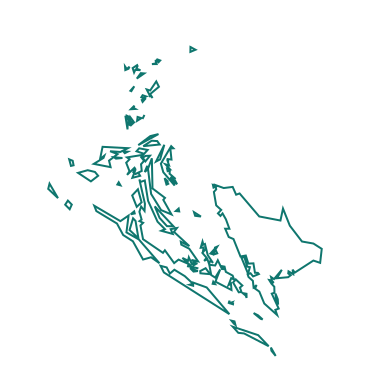 the district of Van Don, Quảng Ninh, Vietnam, rotated 103°
{"feature_id": "81297802B23156291808671", "entity_name": "Van Don", "entity_type": "district", "adm_level": 2, "iso_a3": "VNM", "parent_name": "Vietnam", "parent_adm1": "Quảng Ninh", "projection": "albers", "projection_center": [107.384, 20.984], "detail": "fine", "context": "isolated", "style": "outline", "palette": "teal", "viewbox_px": 384, "rotation_deg": 103, "n_neighbors": 0, "source": "geoboundaries", "source_scale": "gbopen_adm2", "svg_char_len": 6136}
<svg xmlns="http://www.w3.org/2000/svg" viewBox="0 0 384 384"><g transform="rotate(103 192 192)"><path d="M179.7,172.9L181.4,170.1L184.0,169.0L187.0,170.7L199.6,165.4L202.9,159.5L207.0,161.9L208.9,158.9L206.0,157.4L211.0,152.8L219.4,147.3L220.3,151.4L227.6,146.1L228.5,141.0L243.9,130.3L241.8,125.3L249.1,121.0L247.7,116.1L256.5,112.5L256.0,109.6L256.9,108.4L260.5,113.5L258.0,116.7L259.7,119.3L262.1,117.8L264.9,112.7L271.2,110.5L268.2,108.1L271.9,108.9L273.9,104.0L284.4,96.5L292.7,81.4L288.1,84.3L286.1,81.3L273.1,91.4L271.6,89.0L265.8,90.5L263.7,93.6L260.9,92.2L262.8,94.6L260.4,97.0L260.3,94.2L257.1,95.8L258.4,92.5L247.6,87.0L256.9,89.8L253.4,79.2L250.9,77.1L249.7,79.9L247.6,80.1L249.3,74.9L245.0,76.5L247.4,73.7L231.5,58.3L232.2,51.2L218.2,52.8L214.9,62.1L215.5,73.7L202.8,89.1L187.7,99.6L199.9,99.4L200.7,121.0L182.7,145.3L184.7,148.4L177.9,153.5L181.0,162.0L179.7,172.9ZM265.3,179.2L265.0,168.6L265.0,175.2L258.4,186.5L259.8,180.4L256.4,180.4L262.0,176.2L259.7,173.8L258.3,177.2L258.2,170.5L247.9,181.9L245.7,190.6L243.0,191.7L245.3,182.4L234.9,200.6L230.5,198.6L233.0,204.4L237.2,201.3L236.7,213.2L234.3,210.0L228.7,218.9L210.5,232.8L191.4,240.6L193.8,244.5L191.6,246.1L214.1,235.2L221.1,234.0L217.6,238.3L223.1,238.8L230.2,234.9L232.2,236.6L233.0,232.7L236.2,234.7L249.0,229.1L257.8,206.6L254.9,205.3L265.3,193.4L260.9,189.9L262.9,179.1L265.3,179.2ZM276.7,201.3L302.6,128.1L281.7,156.2L280.0,170.5L283.1,169.8L282.9,173.5L282.0,171.8L280.5,171.6L275.6,180.1L271.7,191.7L276.5,195.2L271.2,199.7L271.0,206.0L276.7,201.3ZM268.7,207.7L250.2,233.1L246.1,246.8L229.2,248.5L236.5,255.2L227.4,284.1L232.1,280.9L239.6,258.0L249.4,249.4L253.3,238.5L268.8,224.5L264.8,217.2L268.7,207.7ZM278.6,131.5L272.3,133.5L274.6,135.5L267.1,134.4L267.8,131.3L264.3,133.6L262.2,141.1L257.4,143.5L257.5,146.0L260.1,144.2L260.3,145.5L252.7,151.5L258.4,152.9L259.0,158.8L268.6,154.6L270.2,150.1L261.1,147.1L274.1,149.0L278.6,131.5ZM169.5,249.4L161.0,244.7L161.3,253.3L164.8,255.2L165.5,247.9L167.0,248.6L172.9,263.1L174.1,260.2L178.3,262.7L185.8,257.6L189.9,259.1L181.3,253.5L182.2,252.5L183.1,252.1L191.6,253.3L187.9,246.2L185.4,248.5L187.7,251.9L182.8,245.7L176.4,247.9L172.4,245.7L169.5,249.4ZM218.5,206.9L206.1,218.2L203.8,217.0L197.4,231.3L168.2,238.7L179.3,240.1L203.1,231.4L216.6,218.0L218.5,206.9ZM170.7,281.0L169.1,270.8L163.7,264.3L168.1,289.3L180.6,289.0L176.3,285.6L178.7,285.9L186.7,294.0L186.1,276.9L180.1,279.9L171.8,273.0L170.7,281.0ZM185.9,213.2L187.7,208.3L184.4,211.3L185.2,213.3L184.5,216.3L181.9,215.3L184.6,213.5L181.8,213.2L183.0,210.9L179.2,218.0L176.1,218.4L177.2,220.4L174.7,221.6L174.6,218.9L171.0,224.1L171.3,220.3L165.7,223.7L168.0,221.9L165.4,223.0L165.0,219.3L154.5,222.9L153.6,220.0L152.0,222.6L171.4,228.7L179.2,224.4L189.6,210.4L185.9,213.2ZM318.8,115.2L318.1,109.4L325.0,82.6L316.6,95.3L314.1,121.9L318.8,115.2ZM204.4,292.9L197.3,287.1L194.3,291.1L194.2,298.5L199.0,307.3L204.4,292.9ZM230.9,208.7L229.6,202.3L214.4,225.0L224.5,217.8L230.9,208.7ZM218.9,242.5L213.4,238.8L201.5,245.3L208.8,249.5L218.9,242.5ZM256.4,155.6L249.9,162.5L239.7,167.7L241.8,170.4L240.1,169.4L237.9,170.6L244.4,171.0L243.4,168.2L246.8,168.0L244.3,165.8L249.0,168.2L252.8,163.0L256.3,164.7L254.1,161.8L258.3,159.2L254.5,158.6L256.4,155.6ZM249.1,233.8L232.9,240.5L230.9,243.5L243.1,244.3L249.1,233.8ZM279.2,123.9L278.3,121.3L274.4,123.8L271.8,121.9L267.3,129.7L270.9,131.6L279.2,123.9ZM259.0,119.0L252.2,118.7L252.3,121.4L243.9,126.2L244.5,129.3L259.0,119.0ZM153.0,234.2L150.2,237.3L151.1,242.8L158.3,249.8L153.0,234.2ZM106.8,255.4L96.9,247.9L92.3,251.7L102.5,255.6L102.3,259.2L106.8,255.4ZM167.4,230.4L152.2,229.6L170.4,233.9L167.4,230.4ZM158.4,254.9L143.1,237.7L146.9,245.2L158.4,254.9ZM221.3,332.8L228.1,321.2L215.9,332.7L221.3,332.8ZM140.9,266.6L137.6,264.4L137.9,266.0L139.6,267.0L138.3,270.8L138.3,268.5L133.0,269.6L132.4,272.3L136.9,269.7L132.7,274.1L145.5,268.9L140.3,270.0L140.9,266.6ZM236.3,307.3L231.3,306.3L228.3,311.0L232.9,312.7L236.3,307.3ZM268.0,155.9L263.2,161.6L267.2,166.2L269.3,165.5L268.0,155.9ZM192.6,313.4L188.4,315.3L187.8,319.0L193.8,315.8L192.6,313.4ZM85.8,274.7L84.9,269.6L84.3,273.9L81.5,273.4L80.7,274.0L84.6,277.7L88.6,275.3L85.8,274.7ZM246.1,153.6L242.8,156.2L239.5,155.1L241.0,157.1L247.8,156.4L246.1,153.6ZM93.9,271.3L87.2,265.2L87.7,268.6L93.9,271.3ZM172.7,244.3L166.1,241.1L167.3,245.4L169.7,247.7L172.7,244.3ZM282.3,82.8L277.2,84.3L272.2,87.8L279.8,85.3L282.3,82.8ZM325.8,80.1L328.8,78.9L332.9,73.6L325.8,80.1ZM214.5,183.6L213.9,177.8L211.2,185.5L214.5,183.6ZM190.5,218.5L188.8,216.2L189.7,218.4L187.0,218.1L184.7,221.8L190.5,218.5ZM282.9,115.0L278.9,116.0L279.1,119.9L280.9,116.3L282.9,115.0ZM176.6,273.6L174.5,267.4L175.7,275.8L176.6,273.6ZM135.0,261.5L131.4,257.9L131.1,261.9L135.0,261.5ZM266.6,176.7L269.2,172.6L267.7,168.5L266.6,176.7ZM55.8,225.1L52.6,220.6L51.1,226.1L55.8,225.1ZM125.1,270.2L123.8,265.8L123.2,267.8L120.9,267.6L125.1,270.2ZM263.1,174.0L260.1,170.7L262.1,175.2L263.1,174.0ZM86.2,281.6L84.0,281.1L86.8,283.2L84.7,285.5L88.2,284.4L86.2,281.6ZM138.3,267.6L136.2,265.2L133.2,268.7L138.3,267.6ZM75.3,255.2L71.4,257.2L74.8,256.0L76.4,259.8L75.3,255.2ZM107.4,273.8L102.0,272.0L107.2,274.8L107.4,273.8ZM292.2,126.8L291.3,126.9L291.2,128.4L290.4,128.0L291.7,130.2L289.5,131.1L291.8,131.2L292.2,126.8ZM183.1,242.6L180.1,240.3L176.6,241.5L183.1,242.6ZM199.0,265.6L201.5,266.4L201.6,263.2L199.0,265.6ZM308.5,124.6L310.9,121.5L311.7,119.8L308.5,121.5L308.5,124.6ZM225.8,243.0L223.9,244.0L227.5,246.7L225.8,243.0ZM109.2,251.6L107.1,253.7L108.7,255.5L107.7,254.1L109.2,251.6ZM180.6,173.1L182.9,172.0L181.5,170.1L180.6,173.1ZM169.3,266.2L167.2,263.7L167.9,268.1L169.3,266.2ZM184.7,252.6L181.5,253.5L186.8,253.6L184.7,252.6ZM274.6,151.1L276.8,151.2L276.6,148.8L274.6,151.1ZM109.2,258.1L108.8,261.9L111.1,262.7L111.5,261.0L109.2,258.1ZM214.2,203.5L213.8,200.1L211.1,201.3L214.2,203.5ZM247.8,160.2L248.0,157.4L243.7,157.9L247.8,160.2ZM115.3,260.4L111.0,258.1L113.7,261.6L115.3,260.4ZM296.1,104.7L300.1,96.6L300.3,94.5L297.3,99.9L296.1,104.7ZM129.5,256.1L127.6,255.7L132.0,256.7L129.5,256.1ZM71.0,252.6L70.6,255.7L71.5,256.1L73.1,253.8L71.0,252.6Z" fill="none" stroke="#0f766e" stroke-width="2"/></g></svg>